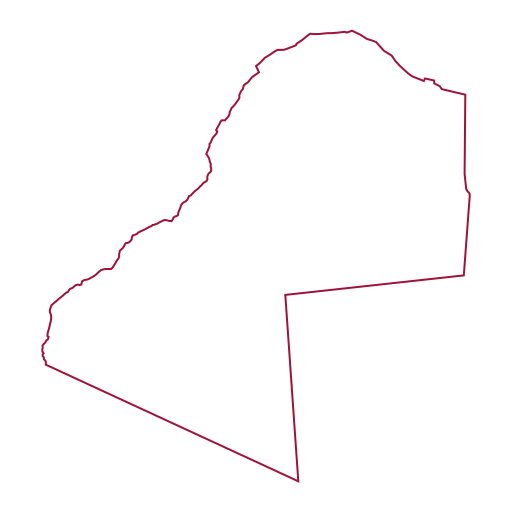 Rivadavia, Mendoza, Argentina (Equal Earth projection)
{"feature_id": "61730980B42888218741442", "entity_name": "Rivadavia", "entity_type": "district", "adm_level": 2, "iso_a3": "ARG", "parent_name": "Argentina", "parent_adm1": "Mendoza", "projection": "equal_earth", "projection_center": [-68.761, -33.437], "detail": "fine", "context": "isolated", "style": "outline", "palette": "rose", "viewbox_px": 512, "rotation_deg": 0, "n_neighbors": 0, "source": "geoboundaries", "source_scale": "gbopen_adm2", "svg_char_len": 2821}
<svg xmlns="http://www.w3.org/2000/svg" viewBox="0 0 512 512"><path d="M465.3,94.7L441.7,89.1L439.8,86.2L434.2,83.4L434.2,80.5L425.0,78.5L423.9,81.0L412.1,76.3L407.9,73.2L400.2,66.2L395.3,60.9L391.6,55.5L384.2,51.0L376.0,42.0L371.5,40.3L366.8,38.9L364.6,37.4L360.7,34.9L352.0,30.7L346.8,32.6L345.0,31.8L337.2,32.7L332.0,33.1L326.9,33.2L319.1,34.0L313.6,34.1L310.2,33.7L305.8,37.0L301.8,40.3L296.6,43.7L295.9,45.3L289.6,47.8L283.7,49.9L277.4,49.9L274.4,51.6L269.6,54.9L264.8,57.8L259.7,63.2L256.0,66.0L259.0,72.3L252.0,77.2L247.8,82.5L246.6,83.1L243.8,85.3L242.8,89.2L241.0,91.3L239.3,95.1L239.4,97.8L238.6,99.3L235.0,104.3L233.0,106.7L231.7,107.8L230.6,110.3L229.7,112.1L229.5,114.0L228.4,116.5L226.1,119.0L225.0,120.3L221.7,120.3L220.6,121.5L219.5,124.0L217.3,127.7L216.1,130.2L217.3,131.5L216.2,134.0L215.0,135.2L213.9,136.5L212.8,137.7L211.7,140.2L210.6,142.7L209.5,143.9L209.5,146.4L206.3,154.0L208.6,157.5L209.4,159.2L209.8,161.7L210.8,163.9L210.6,166.4L211.2,168.7L211.2,170.9L210.2,172.3L208.7,173.4L208.0,174.7L207.3,176.5L207.4,179.5L206.4,181.3L204.4,182.2L202.8,183.6L201.6,185.1L200.3,186.2L198.5,188.2L196.9,189.6L195.6,190.5L194.0,191.9L192.4,193.6L190.9,195.4L189.1,196.1L188.3,197.6L188.0,198.2L187.3,199.8L185.6,201.4L183.5,202.4L182.5,203.3L181.1,205.2L180.2,208.1L179.1,210.4L178.4,212.4L177.9,215.3L176.2,216.2L174.9,216.5L173.6,217.5L172.9,219.2L171.5,221.2L169.1,220.9L167.5,220.5L165.0,219.9L163.6,220.3L161.1,221.5L159.4,222.3L157.9,223.4L155.4,224.3L154.2,224.8L152.6,225.0L151.3,226.2L149.9,226.6L147.5,228.0L146.1,228.7L144.5,229.6L142.9,230.3L141.1,231.1L139.3,232.0L137.9,232.7L136.9,234.0L134.4,234.9L132.8,235.4L132.1,236.7L131.6,239.6L130.4,241.0L129.0,242.4L127.3,243.0L125.9,243.1L124.9,244.1L124.4,245.7L122.6,248.2L121.4,249.4L119.8,250.8L119.2,254.0L119.1,256.8L118.5,258.4L116.4,261.2L115.5,262.9L114.6,264.4L113.4,266.4L112.2,268.0L111.1,269.0L108.8,269.1L107.0,269.0L104.9,269.1L103.3,269.4L101.0,270.1L98.9,271.8L97.7,272.9L95.7,274.9L94.5,275.7L92.3,277.0L90.7,277.9L88.8,279.0L87.0,279.6L85.7,279.8L84.1,280.1L82.1,281.3L81.3,284.5L79.6,285.1L77.9,284.6L75.7,285.2L74.4,286.1L73.4,287.2L71.7,288.3L70.1,288.8L68.9,290.2L67.9,292.0L66.2,292.7L64.6,293.9L63.3,295.3L61.7,296.5L60.2,297.8L58.6,299.0L55.9,301.5L54.5,302.6L53.1,303.8L51.5,305.2L50.8,307.2L50.1,309.0L49.8,310.8L50.0,312.5L50.8,314.2L51.2,316.2L51.1,319.3L50.5,322.2L50.0,323.8L49.5,326.5L48.8,329.4L48.1,331.4L47.6,333.5L47.5,336.3L48.6,336.9L48.3,338.4L47.6,339.7L46.4,340.4L45.7,341.6L44.7,343.2L43.3,344.4L42.5,345.7L42.7,347.6L42.3,349.6L42.4,351.5L43.6,353.2L42.7,354.3L42.7,356.1L43.8,357.3L43.9,359.3L45.0,360.3L45.9,361.7L45.8,364.7L298.3,481.3L285.3,294.9L463.8,275.4L469.7,196.4L469.7,194.2L469.1,192.8L467.6,191.4L466.2,189.0L464.6,173.9L465.3,94.7Z" fill="none" stroke="#9f1239" stroke-width="2"/></svg>